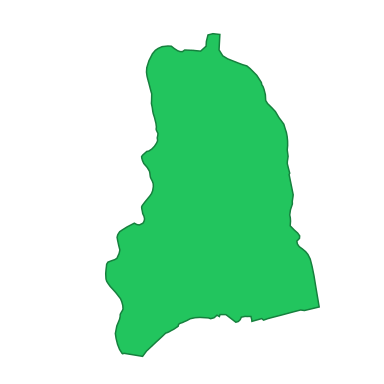 the district of Al-Qardaha, Lattakia, Syria, rotated 78°
{"feature_id": "27442178B45607569668873", "entity_name": "Al-Qardaha", "entity_type": "district", "adm_level": 2, "iso_a3": "SYR", "parent_name": "Syria", "parent_adm1": "Lattakia", "projection": "equal_earth", "projection_center": [36.094, 35.442], "detail": "fine", "context": "isolated", "style": "filled", "palette": "green", "viewbox_px": 384, "rotation_deg": 78, "n_neighbors": 0, "source": "geoboundaries", "source_scale": "gbopen_adm2", "svg_char_len": 3071}
<svg xmlns="http://www.w3.org/2000/svg" viewBox="0 0 384 384"><g transform="rotate(78 192 192)"><path d="M330.9,91.5L309.7,90.6L299.4,90.1L289.6,90.0L282.2,90.3L277.2,91.6L273.9,93.3L272.4,94.5L270.6,95.9L267.7,98.5L264.8,99.7L261.9,99.7L259.7,96.5L257.3,95.8L254.1,97.2L250.4,99.9L245.5,103.0L241.0,101.7L237.7,101.2L234.8,101.2L229.9,99.4L224.6,96.3L221.8,95.8L217.3,94.1L215.7,93.6L206.2,93.5L195.1,93.4L193.9,92.5L189.9,92.7L184.1,92.9L182.0,92.4L179.6,91.5L177.1,90.6L170.6,90.1L166.5,88.8L162.0,87.9L157.5,87.4L153.4,87.3L149.7,87.7L144.7,88.1L137.3,91.5L130.7,93.7L126.5,96.2L121.2,99.7L117.8,100.9L112.1,100.0L106.6,100.2L103.7,100.6L101.6,101.4L99.2,101.4L91.3,104.4L83.4,109.5L80.1,112.1L78.0,116.0L75.5,119.9L71.2,126.4L69.1,129.5L65.2,133.6L58.6,136.0L43.7,132.0L41.5,138.6L41.7,143.7L47.6,146.6L52.3,147.9L56.0,154.3L54.5,159.0L54.0,160.5L53.7,161.4L52.9,164.6L51.6,169.6L52.7,172.2L52.2,174.4L50.8,176.7L47.9,179.6L45.1,181.9L44.2,185.2L43.6,191.0L44.5,195.2L45.8,198.4L48.6,202.0L48.9,202.2L54.6,206.8L61.0,210.4L65.3,211.6L69.3,211.9L72.7,211.8L73.8,211.7L74.3,211.7L74.7,211.7L75.5,211.6L85.1,211.2L87.6,211.0L89.8,211.5L94.1,212.5L97.0,213.3L101.2,213.3L105.0,213.6L107.5,213.6L111.3,213.2L117.4,213.0L121.0,213.3L123.0,214.0L124.1,214.0L127.7,213.1L129.7,213.8L131.9,214.8L133.3,214.8L134.9,215.1L136.8,216.5L139.5,219.2L141.7,222.5L143.0,225.9L142.9,227.8L143.6,229.0L145.4,232.2L146.8,233.9L148.3,234.1L151.0,233.9L154.2,233.2L158.7,230.7L162.8,229.3L164.8,229.3L167.0,229.5L168.8,229.6L170.4,229.3L172.9,228.6L175.8,228.2L178.7,228.7L182.5,230.2L185.1,231.9L187.1,234.0L191.7,239.8L195.0,243.6L196.2,244.4L197.9,244.6L200.9,244.6L202.9,244.7L205.8,244.0L208.5,244.0L210.7,245.0L212.3,246.5L213.3,250.3L212.4,252.7L210.5,254.9L212.7,262.9L214.6,268.1L215.8,271.0L217.3,272.5L218.4,273.5L219.1,273.9L219.8,274.2L220.7,274.7L223.6,274.8L229.0,274.8L233.7,274.6L235.5,275.4L237.0,276.1L241.2,279.2L242.1,281.6L242.5,285.0L242.7,286.3L243.1,288.8L244.9,290.5L247.4,291.3L250.0,292.2L254.0,293.4L259.2,294.2L261.6,294.0L264.3,293.0L267.5,291.6L270.5,289.8L274.3,287.6L281.5,284.1L284.9,283.5L288.7,283.3L292.1,283.8L292.4,284.0L293.4,284.7L295.6,286.7L296.7,287.6L297.7,287.9L298.7,288.1L301.4,289.3L303.6,290.8L307.4,293.4L314.5,296.4L319.5,296.7L325.5,296.5L330.9,295.6L335.2,294.0L335.8,293.5L335.7,291.9L338.5,284.7L342.5,274.5L338.0,269.4L336.8,267.3L336.7,267.2L335.6,265.4L333.5,261.9L331.3,258.3L328.9,254.2L324.5,247.0L324.5,246.1L324.3,245.0L324.1,244.0L323.8,242.9L323.4,241.8L322.9,240.0L322.4,238.2L322.2,237.7L320.4,233.4L318.7,232.7L318.0,231.1L317.7,228.4L317.5,227.6L317.2,226.4L316.7,223.8L315.6,220.0L315.6,215.1L316.3,210.4L318.6,202.0L319.8,200.1L319.6,196.6L318.7,194.9L317.7,193.2L319.5,191.1L317.7,190.1L319.0,184.3L328.5,176.2L328.3,173.6L326.9,171.4L324.7,169.8L324.7,166.0L325.2,164.1L326.0,160.2L327.4,160.2L328.8,160.1L331.0,160.3L330.7,155.9L330.6,154.0L330.3,150.2L332.2,148.6L331.6,144.1L331.4,140.1L331.0,130.8L330.3,117.5L330.0,110.3L331.3,106.7L330.9,91.5Z" fill="#22c55e" stroke="#15803d" stroke-width="1.5"/></g></svg>